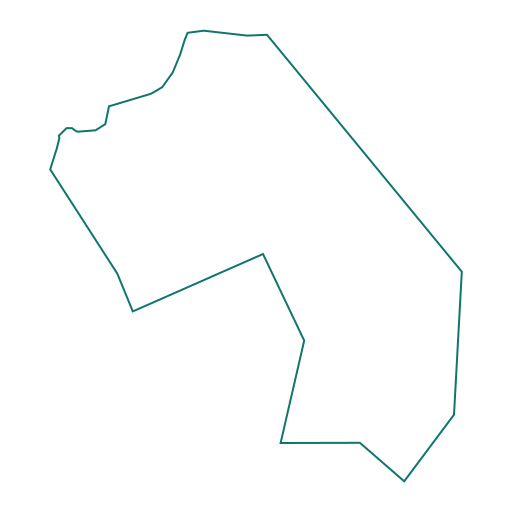 an SVG outline of Santiago
{"feature_id": "PHL-5537", "entity_name": "Santiago", "entity_type": "Independent Component City", "adm_level": 1, "iso_a3": "PHL", "parent_name": "Philippines", "parent_adm1": "", "projection": "equal_earth", "projection_center": [121.429, 16.722], "detail": "fine", "context": "isolated", "style": "outline", "palette": "teal", "viewbox_px": 512, "rotation_deg": 0, "n_neighbors": 0, "source": "natural_earth", "source_scale": "10m", "svg_char_len": 469}
<svg xmlns="http://www.w3.org/2000/svg" viewBox="0 0 512 512"><path d="M404.2,481.3L359.9,442.8L280.6,443.0L304.2,340.6L263.0,254.0L132.8,311.4L117.3,273.6L50.2,169.4L56.7,148.8L59.4,138.1L58.9,135.7L66.6,128.1L71.9,128.1L75.5,130.8L77.8,131.7L95.6,130.3L105.3,124.1L109.0,106.3L151.1,93.7L162.2,87.2L172.7,72.5L180.0,54.9L184.8,39.6L187.6,32.8L203.7,30.7L247.2,35.6L267.0,34.8L461.8,271.7L454.0,414.7L404.2,481.3Z" fill="none" stroke="#0f766e" stroke-width="2"/></svg>